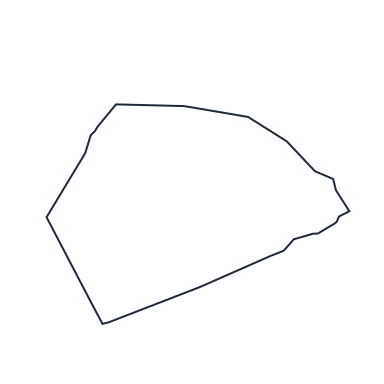 outline of Reifi Gharb Kassala, Kassala, Sudan, rotated 255°
{"feature_id": "16777658B99769220544106", "entity_name": "Reifi Gharb Kassala", "entity_type": "district", "adm_level": 2, "iso_a3": "SDN", "parent_name": "Sudan", "parent_adm1": "Kassala", "projection": "equal_earth", "projection_center": [36.076, 15.291], "detail": "fine", "context": "isolated", "style": "outline", "palette": "slate", "viewbox_px": 384, "rotation_deg": 255, "n_neighbors": 0, "source": "geoboundaries", "source_scale": "gbopen_adm2", "svg_char_len": 588}
<svg xmlns="http://www.w3.org/2000/svg" viewBox="0 0 384 384"><g transform="rotate(255 192 192)"><path d="M276.2,114.3L275.4,113.1L273.1,108.9L257.3,99.0L250.2,91.7L241.1,82.2L205.3,45.0L112.1,65.8L87.8,71.4L87.7,77.8L98.2,175.3L109.9,251.1L111.6,265.4L118.8,276.4L120.0,278.0L120.4,297.9L119.3,302.9L122.2,313.0L122.8,314.9L123.1,316.1L124.6,321.5L125.4,323.3L125.7,324.0L128.6,326.3L130.3,327.6L132.7,339.0L156.5,331.5L168.0,331.7L180.3,316.1L216.3,296.7L249.9,265.7L277.0,206.7L296.3,141.3L283.3,123.0L279.6,117.8L276.2,114.3Z" fill="none" stroke="#1e293b" stroke-width="2"/></g></svg>